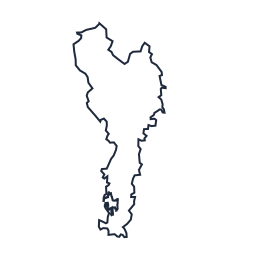 outline of Shakhrisabz, Kashkadarya, Uzbekistan, rotated 262°
{"feature_id": "79887680B91386955898676", "entity_name": "Shakhrisabz", "entity_type": "district", "adm_level": 2, "iso_a3": "UZB", "parent_name": "Uzbekistan", "parent_adm1": "Kashkadarya", "projection": "natural_earth1", "projection_center": [67.01, 38.95], "detail": "fine", "context": "isolated", "style": "outline", "palette": "slate", "viewbox_px": 256, "rotation_deg": 262, "n_neighbors": 0, "source": "geoboundaries", "source_scale": "gbopen_adm2", "svg_char_len": 3375}
<svg xmlns="http://www.w3.org/2000/svg" viewBox="0 0 256 256"><g transform="rotate(262 128 128)"><path d="M63.1,94.6L62.7,94.4L62.6,94.7L61.7,94.6L61.6,94.1L59.2,93.6L59.2,94.0L59.6,94.1L61.3,94.5L62.0,95.9L62.3,96.7L62.0,96.7L61.9,96.7L62.1,97.6L62.2,97.9L62.2,98.0L62.2,98.6L62.9,98.6L63.7,98.8L63.9,98.8L65.0,99.3L65.6,99.5L65.8,99.7L66.1,99.7L66.8,99.7L67.1,99.9L67.1,100.1L66.8,100.2L65.2,100.5L65.6,100.9L65.6,101.5L65.9,101.7L65.9,101.9L65.9,102.0L64.2,102.0L63.8,102.2L63.4,102.0L63.0,102.0L62.4,102.4L62.1,102.6L61.7,102.6L61.5,102.4L61.1,102.5L60.2,102.6L60.0,102.8L59.4,102.9L59.0,102.7L58.7,102.7L58.5,102.8L58.3,103.3L57.9,104.0L58.1,105.1L58.0,105.6L57.8,105.6L57.8,106.2L58.5,106.4L58.6,107.4L59.1,107.5L59.0,108.0L57.5,107.8L57.3,107.8L56.9,107.5L54.3,107.2L53.7,106.7L52.7,106.7L50.9,106.6L50.3,106.4L49.8,106.3L49.5,106.5L48.8,106.1L48.8,105.5L47.8,105.1L47.8,104.8L48.1,104.9L49.0,105.0L49.7,104.6L49.7,104.2L50.5,104.0L51.2,104.1L51.5,102.0L50.2,101.6L50.2,101.4L49.7,101.3L48.0,101.2L47.8,101.3L44.3,101.1L44.3,100.4L43.9,99.6L44.2,99.4L45.2,99.1L45.2,99.3L45.2,99.9L45.3,100.0L46.2,100.0L46.4,100.2L46.9,100.3L47.7,100.5L47.7,99.9L48.3,100.0L49.7,100.4L51.1,100.6L50.8,100.2L50.9,99.9L51.1,99.5L51.0,99.3L50.9,99.0L50.4,98.9L49.9,98.4L49.8,97.8L50.0,97.6L50.3,97.4L53.0,96.7L53.1,96.8L53.4,96.8L53.6,97.6L56.2,97.7L56.3,97.4L56.8,97.4L56.8,96.5L56.9,95.4L56.4,95.5L55.7,95.4L55.5,94.5L55.0,94.5L55.0,95.0L54.8,95.0L54.6,96.0L53.4,96.4L53.2,95.6L53.4,94.2L51.8,94.6L46.5,97.4L42.7,95.6L37.3,94.4L36.7,92.9L38.7,90.0L40.8,86.6L34.3,85.4L31.3,86.6L32.3,89.5L31.4,93.6L28.8,94.4L24.9,93.8L24.7,100.0L22.0,102.4L21.5,104.3L23.6,106.0L22.9,107.8L20.4,109.2L20.3,111.5L24.1,111.8L26.7,111.1L29.0,110.3L30.6,109.2L33.2,113.9L36.9,118.0L42.0,119.7L46.1,117.4L51.6,123.5L54.5,123.8L58.7,125.4L59.2,121.5L61.7,122.0L63.0,125.3L69.0,125.9L72.2,124.0L77.1,125.9L80.2,128.0L80.0,133.5L85.0,133.0L90.0,136.7L91.9,134.8L100.6,135.2L105.3,137.6L108.7,135.7L115.4,136.8L113.5,139.6L113.4,142.9L115.4,142.8L117.6,145.3L120.6,142.5L124.6,143.7L124.3,147.7L128.1,148.7L126.6,151.5L126.5,155.5L131.9,157.0L133.5,155.5L133.6,151.7L135.4,151.8L137.3,155.4L139.3,156.3L140.8,159.7L142.0,161.9L141.6,163.5L138.6,164.5L138.1,166.3L141.5,166.1L144.0,164.9L146.6,165.6L151.6,164.9L154.3,162.6L155.8,165.5L162.1,165.9L163.2,167.0L162.2,170.8L163.5,171.0L165.9,167.1L175.1,166.5L175.7,169.0L178.8,169.1L186.5,164.9L189.8,160.6L194.7,159.9L197.8,162.0L200.3,159.4L205.9,160.7L210.1,156.4L207.0,153.5L202.1,151.1L202.8,143.6L201.1,140.4L193.6,137.1L191.9,133.5L197.4,127.9L202.1,123.4L205.7,122.2L208.2,119.4L211.5,122.4L216.1,124.8L220.6,119.4L228.8,120.1L235.7,114.2L235.1,114.0L232.6,110.7L231.7,109.2L231.0,100.4L229.8,96.9L229.1,95.0L229.6,90.8L228.3,91.0L226.2,94.7L223.5,94.1L221.1,91.1L218.5,85.7L211.6,85.4L203.1,85.7L197.4,85.0L191.7,88.4L187.7,93.4L184.0,95.1L178.3,95.1L172.2,98.3L168.8,93.1L165.6,91.6L160.0,92.8L158.5,90.7L154.3,91.1L151.6,92.9L144.4,97.6L138.2,101.4L139.8,102.1L140.7,105.4L137.2,107.8L133.5,107.4L128.6,105.7L124.9,108.1L123.2,106.6L119.9,104.9L118.1,106.9L116.0,108.1L115.7,112.0L111.7,114.3L107.9,113.0L102.9,110.1L99.7,106.9L96.0,104.6L90.7,101.3L91.0,96.4L89.1,95.5L85.4,98.1L82.5,96.1L81.2,97.5L83.0,100.8L80.1,100.3L77.0,99.6L75.7,101.9L74.2,100.9L72.9,98.1L65.6,97.4L64.9,95.5L63.1,94.6Z" fill="none" stroke="#1e293b" stroke-width="2"/></g></svg>